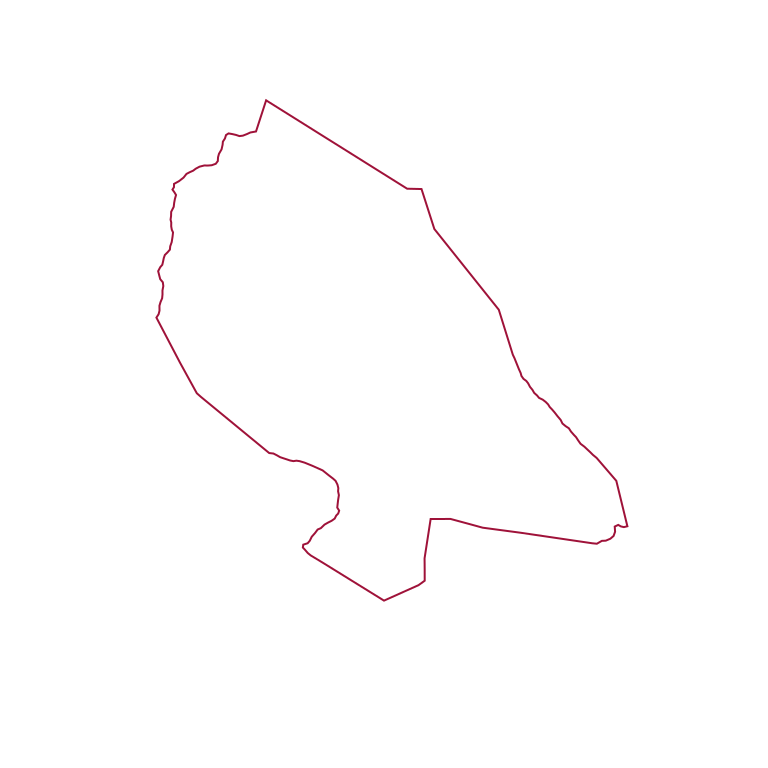 Ourolândia, Bahia, Brazil (orthographic projection), rotated 210°
{"feature_id": "56859067B69370419273118", "entity_name": "Ourolândia", "entity_type": "district", "adm_level": 2, "iso_a3": "BRA", "parent_name": "Brazil", "parent_adm1": "Bahia", "projection": "orthographic", "projection_center": [-41.124, -10.833], "detail": "fine", "context": "isolated", "style": "outline", "palette": "rose", "viewbox_px": 768, "rotation_deg": 210, "n_neighbors": 0, "source": "geoboundaries", "source_scale": "gbopen_adm2", "svg_char_len": 2266}
<svg xmlns="http://www.w3.org/2000/svg" viewBox="0 0 768 768"><g transform="rotate(210 384 384)"><path d="M614.3,327.7L571.2,300.4L541.5,282.4L536.1,281.3L448.9,266.8L445.0,268.5L441.0,268.7L437.4,268.7L433.9,269.4L430.1,270.2L427.1,270.8L423.9,271.9L421.5,273.8L418.5,275.0L413.4,276.2L405.5,277.3L394.0,278.5L386.1,277.3L380.8,276.6L377.5,275.9L374.0,273.6L371.5,271.0L370.1,268.1L367.5,265.2L365.7,260.5L362.7,253.6L359.5,251.9L358.9,248.9L359.6,246.2L359.4,242.8L361.0,239.3L363.1,236.1L365.2,232.5L366.6,227.6L368.7,224.8L369.2,220.5L370.2,215.6L369.9,211.1L370.5,207.9L373.6,204.5L372.5,201.8L369.8,201.0L365.5,199.5L361.7,198.9L346.9,198.6L291.8,196.9L275.7,196.4L253.5,227.1L250.4,234.0L255.8,243.3L258.5,247.9L261.7,253.3L276.1,290.4L258.9,300.4L239.7,305.5L226.7,308.9L191.3,323.5L124.0,350.2L119.8,352.1L116.9,357.1L113.6,359.2L110.6,363.2L109.2,367.2L110.0,371.6L112.9,375.9L110.7,379.1L107.7,379.1L104.7,380.0L102.1,382.5L134.4,416.3L162.9,426.3L167.7,427.1L171.4,428.1L174.9,428.9L179.1,429.9L183.9,430.5L187.8,432.3L191.1,434.0L194.2,434.9L198.3,436.3L201.8,438.1L205.6,438.3L209.7,439.0L213.0,441.2L217.7,442.9L222.1,444.7L225.8,446.0L228.9,446.9L231.7,448.4L235.0,449.3L238.7,449.8L242.8,449.5L245.7,450.6L249.5,451.4L252.6,453.2L256.1,454.5L259.6,456.7L262.3,457.8L265.8,458.2L269.0,459.7L271.1,461.8L274.6,464.3L283.9,471.6L287.1,473.8L321.7,505.7L417.9,543.4L449.0,571.6L461.6,564.7L553.2,568.0L627.9,570.7L621.1,538.7L625.5,535.0L627.6,532.0L630.4,528.5L633.2,526.4L636.7,525.7L640.3,524.6L643.9,523.3L645.3,520.6L644.5,517.1L644.7,513.3L643.4,510.5L642.0,506.0L642.0,500.8L641.1,497.4L639.4,494.0L639.8,490.6L642.6,487.3L645.8,485.1L648.9,483.4L652.4,480.0L654.7,476.3L655.9,473.4L658.2,470.2L660.1,467.2L660.8,462.5L663.0,457.1L665.9,452.3L664.3,449.4L664.4,446.6L661.3,445.2L658.6,443.7L657.6,439.7L656.3,436.0L654.7,432.3L654.4,426.7L652.4,423.0L651.0,419.6L649.0,417.5L647.1,414.1L644.9,411.5L642.5,409.8L640.8,405.9L638.8,400.7L638.0,396.4L636.6,393.3L637.3,389.8L638.3,386.2L637.7,383.0L636.6,379.7L635.6,376.4L636.2,373.3L636.0,368.8L632.5,365.2L630.2,362.9L626.4,361.5L624.1,358.5L622.6,354.2L620.6,350.8L619.0,347.3L618.5,343.2L617.6,339.5L615.1,335.3L614.1,331.8L614.3,327.7Z" fill="none" stroke="#9f1239" stroke-width="2"/></g></svg>